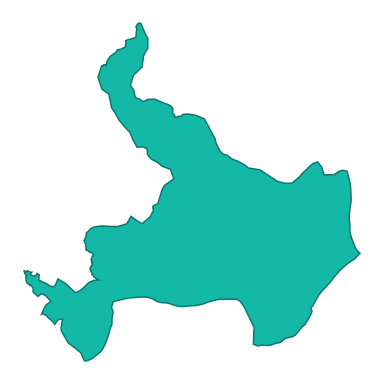 Ifelodun, Kwara, Nigeria
{"feature_id": "59680162B15317000449503", "entity_name": "Ifelodun", "entity_type": "district", "adm_level": 2, "iso_a3": "NGA", "parent_name": "Nigeria", "parent_adm1": "Kwara", "projection": "mercator", "projection_center": [4.887, 8.634], "detail": "fine", "context": "isolated", "style": "filled", "palette": "teal", "viewbox_px": 384, "rotation_deg": 0, "n_neighbors": 0, "source": "geoboundaries", "source_scale": "gbopen_adm2", "svg_char_len": 4851}
<svg xmlns="http://www.w3.org/2000/svg" viewBox="0 0 384 384"><path d="M84.6,361.0L87.8,360.5L92.4,358.5L95.8,355.7L101.1,351.4L104.5,345.7L106.9,339.8L108.8,333.9L110.2,329.0L112.0,324.0L112.0,319.2L113.1,311.4L111.5,307.4L113.3,301.5L120.0,300.0L127.7,298.1L132.5,297.7L137.4,297.3L138.8,297.2L141.0,297.0L144.6,297.1L147.5,297.2L152.8,298.9L156.6,301.2L161.1,302.6L161.9,302.6L166.6,302.9L170.1,303.8L175.3,305.5L178.4,306.4L183.2,306.5L184.4,306.4L189.8,305.9L194.0,305.7L198.1,305.2L203.2,303.9L210.1,301.4L217.3,299.7L218.5,299.4L224.3,299.3L232.2,299.1L237.1,299.4L240.2,301.4L241.8,303.6L244.1,306.7L244.9,308.3L245.9,310.5L248.3,315.4L250.3,319.5L253.2,325.4L254.2,328.0L253.7,333.4L253.6,339.3L253.4,344.1L257.7,346.0L262.1,345.1L266.6,345.5L271.0,345.1L276.3,343.1L278.6,342.9L281.0,342.0L284.9,338.7L287.8,337.7L292.3,336.7L294.8,335.5L296.7,333.5L298.4,331.3L302.2,326.8L304.8,324.7L306.8,321.6L310.6,315.0L312.0,311.6L311.6,310.2L310.8,308.7L311.3,307.3L313.1,305.5L314.4,302.8L318.8,295.1L321.1,292.1L325.7,287.1L330.9,281.5L334.2,276.9L340.4,270.0L346.6,264.3L354.8,258.7L360.0,253.4L357.7,251.1L355.7,248.5L351.8,238.9L349.9,232.0L349.9,226.0L349.8,224.7L349.2,217.8L349.9,208.8L351.2,200.3L350.8,189.3L349.9,182.1L347.1,171.2L342.7,170.2L338.7,171.5L334.2,174.6L324.2,174.9L321.6,167.0L317.7,161.9L315.9,162.5L312.8,163.6L309.5,166.5L306.6,169.4L304.3,171.5L298.4,177.8L292.2,183.1L285.7,183.4L277.5,181.4L266.4,174.1L260.2,169.9L248.1,167.9L245.8,165.6L239.3,161.9L231.8,158.9L227.2,155.3L222.9,154.0L222.7,153.7L219.7,150.7L216.1,143.1L215.5,140.8L215.1,138.8L206.6,122.9L204.3,118.9L195.8,115.3L188.6,114.0L183.1,114.3L181.3,115.9L180.1,116.6L178.8,116.3L177.3,116.9L174.7,117.3L174.7,117.1L174.7,116.8L174.7,116.6L174.6,116.2L174.6,115.9L174.6,115.1L173.8,114.2L172.7,113.7L172.6,110.7L173.1,109.5L171.6,106.7L168.4,104.7L164.5,103.4L160.4,101.6L154.7,99.1L147.5,99.4L143.2,101.8L139.7,99.3L136.0,97.9L134.7,95.1L133.9,90.4L130.4,85.4L133.4,75.3L142.0,67.0L143.6,55.8L145.8,51.5L147.8,48.5L147.8,44.5L147.8,38.3L145.8,34.9L143.2,29.0L140.9,23.4L138.7,23.0L137.3,24.4L135.9,27.0L136.9,29.0L136.2,32.6L136.2,34.3L135.9,37.6L133.9,37.9L131.3,38.9L128.4,39.6L125.7,40.6L125.7,43.2L125.4,46.9L120.8,49.2L117.3,49.8L116.3,52.1L110.4,56.1L107.1,61.1L106.1,65.4L105.4,64.7L103.7,64.6L103.5,66.2L101.7,65.7L98.0,77.3L102.0,89.3L108.8,94.1L110.4,101.4L110.9,104.4L111.4,107.4L115.6,113.7L116.8,115.9L119.2,120.3L120.0,121.2L124.1,126.2L130.0,132.5L132.9,139.8L137.1,147.2L139.2,147.1L143.0,146.8L147.2,148.9L147.5,154.4L148.9,156.5L151.6,159.3L157.4,162.2L162.0,166.2L170.8,169.5L171.3,171.9L172.2,174.4L172.5,175.3L173.9,178.8L164.4,185.5L162.1,189.7L157.9,203.6L154.9,205.0L152.8,206.4L153.3,210.8L152.3,212.6L150.6,215.9L150.5,216.2L150.5,216.5L150.3,216.7L150.1,216.9L149.4,217.5L147.4,219.3L146.3,220.1L145.6,220.8L144.4,221.7L144.1,221.9L143.7,222.1L143.6,222.3L143.2,222.7L141.9,223.8L135.1,219.4L131.0,216.3L126.8,223.8L117.7,226.5L111.3,226.5L102.0,225.9L93.7,227.1L91.2,228.3L86.3,233.1L86.1,236.2L84.8,238.9L84.0,241.1L86.0,244.5L85.4,246.3L86.3,247.7L85.8,249.5L86.3,250.4L87.4,250.4L88.5,251.2L89.9,252.5L90.4,252.3L92.0,252.7L92.9,253.7L93.4,255.6L93.0,256.0L92.4,256.0L92.0,257.2L91.7,258.3L91.5,259.3L91.1,259.5L91.6,260.8L92.7,261.6L92.7,262.4L92.3,262.7L91.6,262.2L91.4,262.5L92.1,263.2L92.6,264.1L91.9,264.8L92.1,266.0L91.1,266.1L90.9,267.2L90.3,267.4L90.1,268.3L90.5,269.3L90.2,269.6L90.7,270.9L91.1,271.1L91.5,272.7L92.2,273.4L92.0,274.7L93.1,275.2L93.7,276.1L93.9,277.1L95.2,277.8L96.2,278.5L97.8,279.6L98.7,280.1L94.1,280.3L88.6,282.6L84.0,287.4L80.4,290.3L77.8,291.8L75.3,292.6L65.9,283.8L58.0,278.9L55.2,285.6L54.0,286.9L53.4,286.8L49.5,285.8L47.5,284.2L38.8,280.1L39.2,274.9L37.1,273.4L36.4,274.8L35.3,275.5L35.2,275.5L34.8,276.2L34.7,276.1L34.4,276.0L33.9,275.9L33.3,275.9L32.9,275.8L32.6,275.7L31.8,275.4L31.4,275.2L31.0,274.9L30.7,274.6L30.1,274.3L30.2,274.0L30.4,273.8L30.7,273.6L31.2,273.0L31.7,272.3L31.2,272.3L30.5,272.1L29.1,271.6L28.8,271.6L28.6,271.7L28.0,271.0L27.0,270.7L26.6,271.9L25.8,271.6L25.5,271.5L25.4,271.5L24.9,271.3L24.9,271.2L24.2,270.7L24.0,270.8L24.6,272.9L24.8,273.5L25.2,274.0L25.7,274.6L26.2,275.0L26.4,275.3L26.7,275.6L26.2,276.1L25.9,276.6L25.8,277.1L26.1,279.7L26.4,281.4L26.4,281.9L26.8,282.7L27.6,283.6L27.9,283.8L29.2,284.5L30.0,284.8L30.5,285.0L30.2,285.4L30.9,285.6L31.0,285.3L32.3,287.0L33.1,288.4L33.1,289.4L33.1,291.6L33.3,292.3L33.5,292.6L34.4,293.3L35.7,294.4L37.6,296.1L38.0,296.5L39.0,295.5L39.9,294.8L40.3,294.6L40.6,294.3L41.0,293.7L43.8,294.5L46.0,295.9L50.9,301.6L46.4,304.5L45.6,305.7L43.0,310.6L41.5,314.3L42.8,313.8L46.3,315.6L48.7,318.1L52.9,321.6L54.7,324.3L57.6,320.4L59.9,319.2L62.5,318.9L61.5,324.7L61.1,327.7L61.3,330.6L63.0,333.8L68.2,342.9L70.7,344.7L80.7,352.6L82.8,357.2L83.4,358.6L84.6,361.0Z" fill="#14b8a6" stroke="#0f766e" stroke-width="1.5"/></svg>